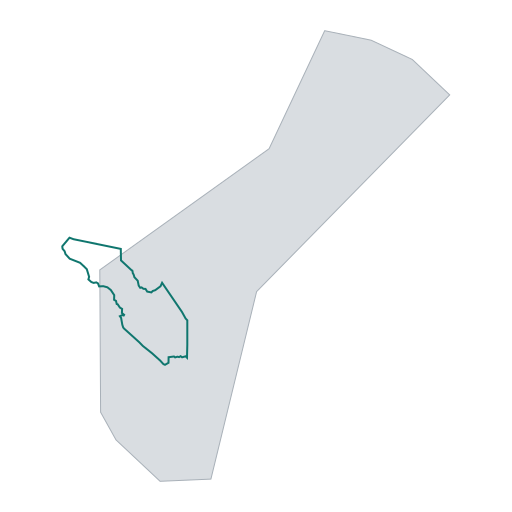 Santa Rita, Guam shown in context
{"feature_id": "77769853B26973637010941", "entity_name": "Santa Rita", "entity_type": "district", "adm_level": 2, "iso_a3": "GUM", "parent_name": "Guam", "parent_adm1": "", "projection": "albers", "projection_center": [144.67, 13.403], "detail": "fine", "context": "in_parent", "style": "outline", "palette": "teal", "viewbox_px": 512, "rotation_deg": 0, "n_neighbors": 0, "source": "geoboundaries", "source_scale": "gbopen_adm2", "svg_char_len": 1384}
<svg xmlns="http://www.w3.org/2000/svg" viewBox="0 0 512 512"><path d="M210.9,479.1L160.1,481.3L116.0,439.9L100.6,412.2L99.8,269.9L269.1,148.7L324.7,30.7L371.1,40.2L412.3,59.5L449.7,94.9L256.6,291.6L210.9,479.1Z" fill="#d9dde1" stroke="#a8b0b8" stroke-width="1"/><path d="M165.0,364.8L168.5,362.8L168.6,357.2L174.0,356.5L175.1,357.4L177.4,356.7L179.1,357.1L180.6,356.2L182.1,357.3L185.6,356.3L187.0,357.7L187.3,344.8L187.3,320.3L185.6,318.5L182.0,312.0L162.1,282.8L160.5,286.3L155.2,290.2L152.7,291.0L151.4,292.4L147.2,291.6L145.5,288.9L143.4,288.8L141.6,287.4L140.2,287.8L138.7,285.6L137.7,280.7L134.4,277.2L133.9,275.4L133.5,274.3L132.8,273.2L132.5,271.2L132.3,270.6L131.8,270.4L131.3,270.0L121.0,260.4L120.8,248.9L73.5,239.2L69.5,237.7L69.4,237.8L63.5,244.8L62.4,246.1L62.3,246.3L62.3,246.7L62.4,247.6L62.6,248.8L63.0,249.3L64.6,251.2L65.5,254.1L69.7,258.7L80.1,262.8L84.4,266.8L86.8,269.2L89.1,276.8L88.6,278.7L88.4,279.4L91.3,282.0L93.6,282.9L96.3,282.4L98.0,283.4L99.1,286.4L103.3,286.2L107.0,287.2L107.4,287.3L110.8,290.0L114.2,295.1L114.2,295.4L114.2,295.8L114.1,299.8L116.0,300.9L116.7,304.0L117.7,304.3L119.9,307.6L122.1,308.9L121.9,313.0L123.5,314.3L124.1,314.8L123.7,315.5L122.2,315.1L119.9,316.2L121.1,317.9L122.3,324.7L123.2,327.5L124.1,328.6L139.2,342.2L142.9,346.0L152.1,353.3L160.3,360.7L163.4,364.1L165.0,364.8Z" fill="none" stroke="#0f766e" stroke-width="2"/></svg>